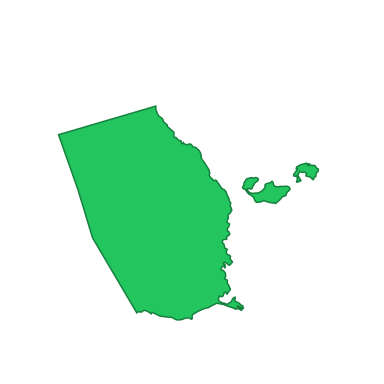 the district of Sharm el-Sheikh, Janub Sina', Egypt, rotated 324°
{"feature_id": "37247803B39887765706268", "entity_name": "Sharm el-Sheikh", "entity_type": "district", "adm_level": 2, "iso_a3": "EGY", "parent_name": "Egypt", "parent_adm1": "Janub Sina'", "projection": "natural_earth1", "projection_center": [34.42, 28.077], "detail": "fine", "context": "isolated", "style": "filled", "palette": "green", "viewbox_px": 384, "rotation_deg": 324, "n_neighbors": 0, "source": "geoboundaries", "source_scale": "gbopen_adm2", "svg_char_len": 5852}
<svg xmlns="http://www.w3.org/2000/svg" viewBox="0 0 384 384"><g transform="rotate(324 192 192)"><path d="M76.3,257.2L76.5,257.1L78.5,257.4L79.7,258.8L80.7,259.5L83.6,259.4L85.4,261.6L85.9,262.7L86.4,263.4L87.0,265.8L87.5,266.6L88.5,266.1L89.5,266.5L90.0,267.8L91.1,269.6L92.6,272.7L93.6,274.1L99.8,279.8L102.2,281.8L103.5,285.0L104.6,286.5L106.6,288.1L109.0,289.3L112.3,290.1L115.1,291.6L115.9,292.8L116.8,294.7L117.7,294.6L118.1,294.2L118.6,293.4L119.3,292.1L120.8,291.6L122.7,291.7L126.7,292.1L131.1,293.0L132.3,293.3L134.3,293.8L136.9,295.1L138.3,295.3L142.3,295.7L143.5,296.1L146.0,296.3L147.1,296.9L148.3,298.3L150.4,300.5L151.7,301.9L153.7,305.3L155.3,307.4L157.8,311.0L158.2,312.4L159.1,312.6L160.2,312.9L161.2,314.2L162.5,316.8L163.6,316.5L163.4,315.5L162.8,314.1L161.7,313.3L160.8,312.2L161.3,311.2L162.1,311.2L163.0,312.3L163.9,314.7L164.5,316.2L165.6,315.9L165.5,315.2L166.2,314.1L165.8,313.2L165.1,312.0L165.0,310.3L164.2,308.2L163.1,306.6L162.8,305.2L163.1,304.2L164.3,303.7L165.0,302.4L164.5,302.2L163.3,302.1L161.8,302.4L160.5,303.2L159.4,303.8L158.3,303.8L155.9,303.6L154.8,303.6L154.0,303.1L153.0,301.2L151.6,299.8L149.9,296.6L149.9,295.5L150.8,293.8L151.4,293.3L152.2,292.9L152.5,292.2L153.2,292.5L154.2,294.0L155.6,294.5L156.5,294.2L157.6,293.3L158.7,292.3L160.0,292.6L160.4,293.5L160.0,294.6L160.4,295.2L161.8,294.7L163.1,294.1L163.9,293.8L164.8,293.9L165.5,293.6L166.1,292.7L166.3,292.0L166.3,291.7L166.4,291.0L166.7,289.6L167.0,288.4L166.8,287.7L167.0,286.2L167.8,285.4L168.6,284.5L168.6,283.5L168.2,282.8L167.5,282.1L167.6,281.2L168.7,280.7L169.7,279.9L170.4,279.0L171.3,276.9L171.4,276.2L171.1,273.7L170.0,272.9L169.9,272.0L170.5,271.1L171.6,270.7L173.0,270.3L174.3,270.3L174.3,271.2L174.1,272.6L174.6,272.5L175.0,272.2L175.2,271.3L176.1,270.1L175.9,269.5L175.3,269.0L175.5,268.2L175.7,267.7L176.5,267.8L177.8,268.6L178.0,269.9L178.5,270.9L178.6,272.6L179.5,273.3L180.7,273.2L182.0,272.5L182.5,272.6L183.3,272.7L183.6,272.2L183.7,271.5L183.4,269.6L183.7,268.4L184.2,267.5L185.3,266.8L185.3,266.0L184.9,264.7L184.0,263.8L183.8,262.2L184.5,260.6L185.9,259.7L186.8,259.1L186.8,258.7L186.1,257.7L185.6,256.5L186.6,254.3L187.3,252.3L186.6,251.2L187.1,250.4L188.3,249.1L189.7,249.1L190.8,249.7L191.8,250.5L192.5,250.5L192.7,249.9L193.7,248.8L195.5,248.5L196.5,248.7L197.5,248.5L198.0,247.8L198.3,246.9L198.5,246.1L197.9,244.3L198.2,243.4L198.9,242.5L200.4,242.0L202.3,241.1L203.6,239.9L203.0,238.4L202.5,237.5L202.8,236.6L204.5,235.1L205.5,235.0L206.4,234.0L206.8,233.2L207.6,232.0L208.9,231.4L209.8,231.6L210.8,231.5L211.6,230.9L213.2,230.1L213.6,230.1L214.5,227.1L214.6,225.6L215.1,224.9L215.9,224.7L217.1,223.2L216.9,222.2L217.1,221.0L217.9,219.3L218.4,216.5L218.9,214.1L219.7,211.9L219.5,209.3L218.4,207.0L218.1,204.8L218.4,202.2L218.3,199.4L218.5,197.2L218.0,196.1L217.0,196.0L216.0,195.3L216.2,193.5L215.7,192.4L215.5,189.6L216.3,187.9L217.4,187.3L217.9,186.2L218.8,183.8L219.1,179.3L219.4,175.2L219.2,171.5L219.5,170.0L220.6,168.3L221.8,165.7L222.1,162.5L221.3,158.5L220.7,157.3L220.0,156.9L219.0,155.7L219.4,154.7L219.4,153.2L218.6,152.0L217.6,151.3L217.1,151.5L216.3,151.2L215.3,150.3L214.0,148.4L214.0,146.9L213.6,147.1L212.9,147.4L212.2,146.6L212.5,145.5L213.1,144.7L213.0,143.6L212.0,142.9L211.4,141.7L211.2,139.3L210.9,138.2L209.8,137.4L210.0,136.1L210.8,135.3L211.6,134.4L212.5,133.1L212.1,131.5L211.5,128.7L210.6,124.7L211.4,123.0L210.7,120.8L210.4,118.1L211.0,116.3L211.1,115.2L210.5,113.0L209.8,110.8L210.1,108.4L211.2,104.1L213.2,101.2L117.7,67.2L101.1,123.1L84.6,170.6L76.3,257.2ZM238.1,216.6L237.7,217.4L236.6,217.5L236.4,217.5L235.8,217.6L235.3,218.8L235.9,220.3L236.6,221.6L236.5,223.8L236.7,227.0L237.7,228.9L238.4,231.4L238.7,232.8L238.0,234.9L237.8,236.7L238.1,238.4L239.5,239.1L240.6,239.7L241.5,240.3L243.4,240.8L245.2,241.3L246.4,243.3L248.3,245.7L250.7,248.2L252.2,249.3L252.8,250.4L256.2,250.2L258.2,250.0L262.8,248.9L263.9,249.5L266.0,250.0L266.9,249.2L268.8,248.1L271.8,247.8L273.1,247.3L273.5,245.0L272.3,243.3L270.4,241.8L269.6,241.4L268.5,240.9L267.4,239.7L265.4,238.8L264.4,238.3L263.1,236.8L262.1,235.9L262.2,234.3L263.0,232.5L263.3,231.3L263.0,230.3L261.5,230.5L259.7,230.2L258.3,229.4L256.4,228.9L255.9,229.1L255.3,229.2L255.1,229.3L254.8,229.5L254.5,230.1L254.1,230.9L253.4,231.5L249.6,232.2L246.8,232.1L244.7,231.5L242.7,230.2L241.2,229.3L239.9,228.5L238.5,226.8L238.1,225.8L238.0,223.5L238.1,222.5L238.7,221.8L239.3,222.0L240.3,222.9L241.1,224.0L242.1,224.6L243.2,224.1L244.0,223.6L245.0,222.7L246.0,222.7L247.5,221.9L248.9,221.5L250.7,221.7L252.3,221.4L253.3,220.6L253.0,219.0L251.9,217.6L250.1,217.1L249.3,216.0L248.0,215.0L246.5,214.5L244.7,213.7L243.4,213.6L241.6,214.3L240.2,214.9L239.0,215.6L238.1,216.6ZM285.0,246.3L286.2,246.9L286.7,246.8L286.8,246.8L287.0,245.3L287.0,245.0L287.2,242.8L287.2,242.4L287.3,241.8L287.3,240.6L288.4,240.2L289.8,239.5L290.7,238.9L291.0,238.8L291.5,238.7L292.1,240.2L292.8,241.1L294.6,242.0L295.5,243.6L295.4,244.9L294.1,245.4L294.0,245.6L293.7,245.8L294.1,246.7L295.1,247.8L295.9,248.7L296.3,249.0L296.6,250.3L296.8,252.0L297.1,253.1L297.7,253.3L298.3,252.7L299.3,251.9L300.1,252.1L301.2,252.3L302.6,250.9L302.9,250.6L303.2,250.3L304.0,249.6L305.2,249.5L306.6,249.1L307.7,247.8L307.1,246.3L306.7,245.1L307.1,243.5L306.8,242.6L305.5,241.8L305.2,241.3L305.0,240.9L304.5,240.6L304.0,240.5L303.5,240.2L303.7,238.9L303.5,238.0L302.8,237.9L302.1,238.7L302.0,238.8L301.7,239.0L301.4,238.1L301.4,237.4L302.0,236.7L301.5,236.1L300.4,235.5L299.8,235.3L298.2,234.7L297.3,234.4L295.2,233.5L293.5,233.6L291.9,233.2L291.0,233.5L290.1,234.4L290.5,234.6L291.0,234.9L290.0,235.7L287.7,236.6L286.2,237.1L285.2,237.3L284.4,237.6L283.8,238.7L284.4,239.8L285.0,240.1L285.9,240.4L286.6,241.4L285.9,241.8L285.1,242.5L284.7,243.8L284.0,244.2L283.1,244.8L282.7,245.0L282.6,245.7L283.7,246.3L284.9,246.3L285.0,246.3Z" fill="#22c55e" stroke="#15803d" stroke-width="1.5"/></g></svg>